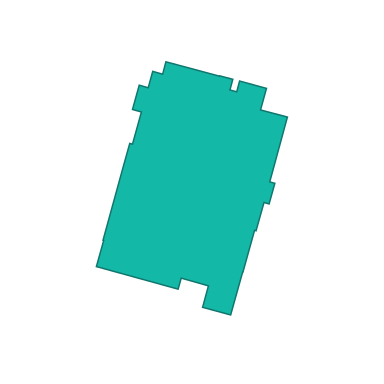 the district of Carlos Tejedor, Buenos Aires, Argentina, rotated 60°
{"feature_id": "61730980B61876831945092", "entity_name": "Carlos Tejedor", "entity_type": "district", "adm_level": 2, "iso_a3": "ARG", "parent_name": "Argentina", "parent_adm1": "Buenos Aires", "projection": "orthographic", "projection_center": [-62.467, -35.397], "detail": "fine", "context": "isolated", "style": "filled", "palette": "teal", "viewbox_px": 384, "rotation_deg": 60, "n_neighbors": 0, "source": "geoboundaries", "source_scale": "gbopen_adm2", "svg_char_len": 591}
<svg xmlns="http://www.w3.org/2000/svg" viewBox="0 0 384 384"><g transform="rotate(60 192 192)"><path d="M208.8,312.1L269.2,252.6L261.2,244.4L281.5,224.7L297.2,240.5L317.8,220.0L286.7,188.2L286.9,188.0L256.5,157.0L257.6,155.9L237.1,134.9L240.9,131.2L225.9,115.9L222.1,119.6L174.8,71.9L155.2,91.6L139.5,75.7L119.7,95.3L127.6,103.2L122.6,108.1L114.8,100.3L105.1,110.1L105.3,110.4L66.2,149.5L75.3,158.5L67.9,165.7L79.8,177.8L73.1,184.3L90.8,202.3L97.4,195.8L120.8,219.6L118.8,221.6L136.5,239.7L189.3,293.2L189.8,292.7L208.8,312.1Z" fill="#14b8a6" stroke="#0f766e" stroke-width="1.5"/></g></svg>